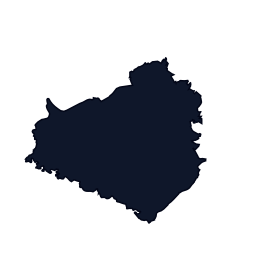 Tubas, West Bank, Palestine (Mercator projection), rotated 119°
{"feature_id": "87354302B78640432651808", "entity_name": "Tubas", "entity_type": "district", "adm_level": 2, "iso_a3": "PSE", "parent_name": "Palestine", "parent_adm1": "West Bank", "projection": "mercator", "projection_center": [35.475, 32.295], "detail": "fine", "context": "isolated", "style": "filled", "palette": "ink", "viewbox_px": 256, "rotation_deg": 119, "n_neighbors": 0, "source": "geoboundaries", "source_scale": "gbopen_adm2", "svg_char_len": 5835}
<svg xmlns="http://www.w3.org/2000/svg" viewBox="0 0 256 256"><g transform="rotate(119 128 128)"><path d="M204.9,202.5L204.8,202.0L205.0,201.6L206.6,201.4L206.9,201.2L207.0,200.8L205.2,198.8L205.3,196.4L204.9,195.9L204.0,196.0L202.1,197.5L201.4,197.6L200.9,197.2L201.0,196.2L201.8,195.1L202.2,194.0L203.0,192.8L202.9,192.5L201.5,191.8L201.3,190.9L201.7,189.5L202.2,189.1L202.6,189.3L202.8,190.5L203.4,190.8L203.7,190.7L204.4,189.6L205.4,188.9L206.1,188.9L206.7,189.4L207.5,189.3L207.5,188.9L207.1,188.3L207.0,186.5L206.0,184.8L205.6,184.7L204.9,185.6L204.4,185.6L202.4,184.0L202.2,183.6L202.5,183.0L204.2,182.1L204.8,182.0L206.5,182.7L207.1,182.5L207.2,181.9L206.6,180.7L204.9,181.1L204.6,181.0L204.4,180.5L204.4,179.8L205.1,178.6L205.4,174.7L205.2,174.0L204.5,173.5L203.8,173.5L203.6,173.8L203.7,174.7L203.5,175.2L202.7,175.5L201.8,175.4L201.1,174.4L200.6,171.5L198.8,170.8L198.1,169.0L198.5,168.5L199.4,168.5L199.9,168.6L200.4,169.5L201.0,169.5L201.6,169.1L201.6,168.7L201.2,168.2L201.1,167.3L201.2,166.1L201.4,165.9L202.1,166.2L202.5,166.6L202.6,167.5L203.0,168.1L203.6,168.5L204.1,168.5L204.9,168.0L204.9,167.6L204.5,167.4L203.6,167.3L203.4,166.7L204.6,165.5L205.1,166.0L205.7,165.9L206.3,164.7L206.1,164.1L205.2,163.7L204.8,163.2L204.6,161.5L204.0,160.1L203.3,159.8L201.7,159.8L201.2,159.6L200.9,159.1L200.7,158.4L200.9,157.5L201.1,156.3L202.1,153.5L202.3,151.5L199.9,150.3L199.4,149.7L198.9,146.7L198.1,144.0L198.4,143.7L200.1,143.5L201.4,142.3L202.4,142.0L202.9,141.6L203.1,141.0L202.9,140.6L202.5,140.2L202.5,139.2L202.7,138.5L203.5,137.4L203.8,136.0L203.7,135.0L203.5,134.1L202.5,132.0L201.8,130.9L201.0,129.0L200.7,127.7L198.3,126.4L196.8,126.1L196.1,125.3L196.2,124.9L197.2,124.6L197.7,124.2L197.8,123.2L198.4,122.6L199.5,122.1L198.8,122.0L199.5,121.4L199.4,120.5L201.2,118.6L201.6,117.5L200.1,115.1L199.9,114.1L200.1,112.7L199.5,111.4L198.4,110.4L195.7,109.3L195.3,109.1L195.2,108.7L195.3,107.6L196.4,105.9L196.1,103.4L197.6,102.3L197.7,101.7L197.0,99.5L196.6,96.8L196.0,94.0L195.6,93.1L198.0,90.6L198.9,90.2L199.1,89.8L197.4,87.5L196.3,85.3L196.3,84.8L197.1,84.1L197.4,83.6L197.0,83.1L196.0,82.7L195.5,81.8L195.4,80.6L195.9,78.9L195.0,76.6L195.3,76.3L196.1,76.6L197.1,76.6L198.2,77.5L198.7,78.6L197.9,80.1L198.0,80.7L198.5,81.3L199.1,81.2L201.7,74.6L201.5,73.2L201.8,72.2L201.8,71.5L201.2,70.0L201.0,69.1L199.5,67.4L199.7,65.7L200.9,63.9L200.8,63.5L200.0,63.3L199.5,62.9L198.1,62.7L196.1,60.7L195.8,60.7L195.5,60.4L195.1,60.9L194.1,60.5L191.7,60.7L189.1,61.7L188.1,61.7L186.6,61.0L184.3,58.9L181.4,57.5L175.9,55.9L174.7,56.0L171.8,54.7L168.2,53.6L160.9,51.8L159.9,52.1L159.7,51.5L157.1,50.1L153.5,46.8L151.9,45.8L150.4,45.2L146.0,44.6L144.9,44.2L143.8,44.2L143.3,43.9L142.3,44.1L140.1,43.9L139.4,44.3L137.6,43.3L136.0,43.7L134.8,43.5L134.5,43.6L134.2,44.2L131.9,45.3L131.2,45.0L129.8,45.0L129.8,45.8L129.2,47.4L127.7,48.5L127.3,48.5L122.6,47.0L121.3,46.2L119.0,44.2L118.7,44.5L117.5,44.9L118.7,48.1L119.9,49.7L120.1,51.8L119.0,53.1L116.0,57.8L115.7,59.0L114.4,61.2L114.1,61.0L114.7,59.3L114.4,58.7L109.6,57.4L107.9,57.7L109.0,60.5L109.0,63.8L108.3,65.1L108.9,65.4L108.4,66.1L106.0,63.1L104.2,61.8L103.0,61.2L102.6,62.0L101.6,62.1L100.1,60.8L98.2,61.4L98.1,62.4L99.4,63.7L99.4,69.2L98.9,70.8L96.6,74.0L95.7,73.8L92.3,76.8L90.3,75.3L89.4,75.6L89.1,74.5L89.5,74.1L89.4,73.6L90.4,73.5L90.9,74.0L91.7,73.2L91.2,72.1L90.4,72.5L89.8,71.2L89.6,70.6L88.1,69.5L88.3,65.7L84.2,68.0L84.2,68.6L84.8,69.5L85.0,70.2L84.3,70.2L84.4,69.8L82.3,69.6L83.6,72.0L81.8,72.0L79.8,72.4L79.0,72.2L78.6,72.3L78.9,72.8L79.8,73.6L79.6,75.0L78.7,75.9L76.9,77.0L76.4,77.0L74.0,76.3L73.6,76.4L72.5,76.1L70.9,76.1L70.4,76.4L69.8,76.3L67.0,78.5L66.5,79.3L64.6,79.9L63.3,85.9L64.6,86.0L65.7,86.5L65.4,87.6L63.5,88.2L63.9,88.7L64.1,90.6L63.9,93.0L64.8,93.7L63.9,93.8L61.4,93.6L59.4,94.3L58.2,95.2L58.2,95.4L60.3,95.9L61.3,96.4L61.2,96.9L60.8,97.0L60.8,98.3L58.0,98.0L57.5,98.8L59.3,101.3L61.2,105.2L62.0,105.7L62.8,105.7L63.2,106.5L64.4,107.4L64.8,107.6L65.5,107.6L64.3,108.8L65.7,109.6L64.2,111.6L62.0,115.6L61.7,115.6L59.2,113.8L59.2,114.9L59.4,115.4L58.8,121.6L57.0,122.5L57.1,123.4L52.8,124.1L54.1,125.2L51.6,125.3L51.5,126.5L51.2,127.8L49.9,127.4L48.5,128.3L48.5,129.0L50.3,128.8L50.8,130.1L51.8,129.9L52.0,130.5L53.3,130.5L53.3,130.0L55.5,130.4L55.3,131.0L55.3,134.4L58.3,138.7L61.9,140.2L61.4,141.4L62.0,142.2L62.9,142.5L62.9,142.8L63.1,142.9L63.2,142.7L63.5,143.2L63.3,144.2L62.7,144.3L62.7,144.5L64.5,144.8L66.1,145.4L68.7,147.2L69.1,147.6L69.1,148.0L69.5,148.1L69.8,148.5L71.9,149.3L73.1,150.3L73.7,150.3L74.3,150.8L75.0,150.5L76.1,150.7L76.6,151.2L76.7,152.3L78.3,153.4L81.8,151.4L83.1,151.2L82.5,150.4L82.7,149.9L84.4,149.7L84.6,149.2L86.1,147.7L87.3,146.0L88.4,144.7L96.2,154.9L99.1,157.1L104.7,158.0L106.8,158.6L108.3,159.3L110.2,159.6L117.9,164.3L117.4,165.1L117.5,165.8L116.9,167.2L116.5,167.6L116.4,168.4L116.5,168.9L116.7,169.0L117.4,170.0L117.8,170.9L117.7,171.3L118.0,171.7L118.6,171.9L118.2,172.5L118.3,172.9L119.4,172.4L120.1,172.5L120.9,173.2L120.9,174.1L121.7,175.7L123.3,177.3L127.3,179.8L130.1,182.1L142.2,190.1L144.5,192.1L145.6,195.3L145.2,199.1L144.7,202.3L143.8,205.7L142.6,208.5L140.8,211.6L141.4,212.6L142.3,212.7L143.5,212.0L145.8,210.0L148.2,210.0L149.6,208.9L150.8,207.4L152.7,204.2L153.7,203.3L156.4,202.7L157.5,202.8L158.6,203.2L161.2,206.0L162.4,207.5L166.5,209.7L169.9,210.6L170.6,210.5L171.2,209.5L173.0,208.1L173.9,207.9L175.8,210.0L177.2,210.1L178.0,209.4L178.3,208.8L178.5,207.8L178.4,207.3L178.8,207.0L180.8,206.7L180.9,205.4L183.1,204.1L183.1,203.8L182.6,203.2L182.6,202.4L183.2,202.0L185.3,201.2L185.5,201.0L185.6,200.1L185.9,199.8L186.6,200.0L187.9,199.6L188.7,199.2L189.4,199.3L190.3,199.0L192.1,199.7L192.7,199.6L193.2,200.0L193.6,199.5L194.8,199.3L195.7,198.6L196.5,198.7L198.0,199.6L198.6,199.8L199.7,201.1L201.8,201.4L202.8,202.1L204.9,202.5Z" fill="#0f172a" stroke="#020617" stroke-width="1.5"/></g></svg>